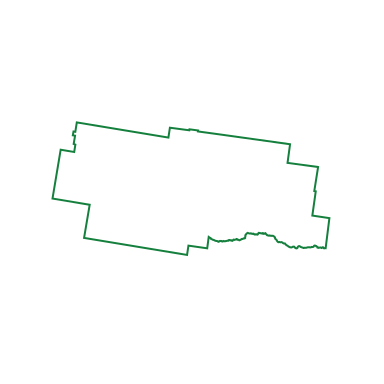 the district of Bolívar, Buenos Aires, Argentina, rotated 54°
{"feature_id": "61730980B59149978164820", "entity_name": "Bolívar", "entity_type": "district", "adm_level": 2, "iso_a3": "ARG", "parent_name": "Argentina", "parent_adm1": "Buenos Aires", "projection": "natural_earth1", "projection_center": [-60.749, -36.292], "detail": "fine", "context": "isolated", "style": "outline", "palette": "green", "viewbox_px": 384, "rotation_deg": 54, "n_neighbors": 0, "source": "geoboundaries", "source_scale": "gbopen_adm2", "svg_char_len": 5382}
<svg xmlns="http://www.w3.org/2000/svg" viewBox="0 0 384 384"><g transform="rotate(54 192 192)"><path d="M162.4,135.0L146.5,151.6L145.8,150.9L139.8,157.2L140.5,157.9L127.0,172.1L134.1,179.1L68.0,244.3L74.7,251.0L73.4,252.3L76.1,255.1L77.7,253.5L83.6,259.5L85.1,258.5L90.4,263.8L80.6,273.4L115.3,308.7L142.2,282.3L165.7,306.3L240.0,233.0L233.3,226.4L246.5,212.8L238.2,204.9L238.5,204.8L239.0,204.6L239.3,204.5L239.6,204.4L239.9,204.2L240.1,204.1L240.4,204.1L240.6,204.0L241.0,204.2L241.6,203.8L242.0,203.6L242.4,203.5L242.8,203.3L242.9,203.2L243.0,203.0L244.0,202.4L244.2,202.2L244.4,202.2L245.0,201.9L245.4,201.5L245.8,201.3L246.2,200.7L246.6,200.4L246.8,200.3L247.7,200.0L247.7,199.9L247.8,199.7L247.7,199.5L247.8,199.4L248.0,199.2L247.9,198.8L247.9,198.7L248.0,198.2L248.4,197.9L248.6,197.3L248.8,197.1L249.1,196.9L249.5,196.9L249.8,196.7L250.0,196.4L250.1,196.2L250.0,195.9L250.0,195.5L250.4,195.2L250.5,195.0L250.8,194.9L251.0,194.6L251.2,194.4L251.4,194.0L251.4,193.8L251.5,193.6L251.7,193.4L251.8,193.1L251.9,192.9L252.1,192.4L252.1,192.2L252.3,191.8L252.3,191.7L252.7,191.4L252.9,191.0L252.9,190.8L252.7,190.5L252.6,190.4L252.7,190.2L252.9,189.8L253.1,189.7L253.4,189.4L253.5,189.4L253.8,189.3L253.9,189.1L254.0,188.8L254.1,188.6L254.4,188.5L254.6,188.6L254.8,188.5L254.9,188.4L255.1,188.2L255.3,188.0L255.3,187.7L255.2,187.5L255.1,187.2L254.9,186.8L254.9,186.6L254.9,186.4L255.0,186.3L255.3,186.2L255.8,185.7L255.8,185.2L256.2,184.5L256.2,184.4L256.2,184.2L256.2,183.6L256.3,183.4L256.6,183.3L257.0,183.5L257.3,183.4L257.4,183.1L257.4,182.9L257.6,182.8L257.7,182.7L258.2,182.4L258.5,182.3L258.8,182.2L259.0,182.0L259.1,181.7L259.1,181.1L259.3,180.6L259.2,179.8L259.2,179.5L259.3,179.2L259.7,178.8L259.8,178.6L259.8,178.3L259.8,178.2L259.9,177.5L260.0,177.2L260.1,176.8L260.2,176.7L260.5,176.6L260.5,176.3L260.5,176.1L260.3,176.0L260.2,175.9L259.9,175.6L259.6,175.4L259.4,175.0L259.2,174.8L258.9,174.6L258.5,174.2L258.4,174.2L258.3,173.9L258.1,173.7L258.1,173.3L258.0,173.2L257.9,173.0L257.9,172.7L257.8,172.2L257.7,172.0L257.8,171.7L257.9,171.2L257.9,170.9L258.2,170.8L258.4,170.7L258.5,170.5L259.0,170.2L259.3,169.9L259.5,169.8L259.8,169.4L259.9,169.1L259.9,168.9L260.1,168.6L260.5,168.5L260.7,168.4L260.9,168.0L261.1,167.8L261.3,167.8L261.5,167.6L261.7,167.4L261.8,167.2L261.8,166.8L261.9,166.7L262.1,166.6L262.5,166.7L262.8,166.5L263.3,166.2L263.5,166.1L263.5,165.8L263.5,165.6L263.7,165.4L263.9,164.9L264.1,164.8L264.3,164.6L264.7,164.5L264.9,164.3L265.0,164.0L265.0,163.9L265.0,163.7L264.9,163.6L264.7,163.3L264.7,163.2L264.6,162.7L264.4,162.6L264.3,162.1L264.3,161.9L264.8,161.5L264.9,161.4L265.1,161.3L265.3,161.0L265.6,160.8L265.9,160.6L266.0,160.4L266.5,159.9L266.7,159.6L266.8,159.6L266.7,159.2L266.8,159.1L266.9,158.9L267.0,158.8L267.1,158.7L267.3,158.7L267.6,158.3L267.8,158.3L267.9,158.2L268.0,158.2L268.2,158.3L268.3,158.1L268.3,157.8L268.4,157.5L268.4,157.4L268.5,157.3L268.5,157.0L268.5,156.9L268.9,156.9L269.0,156.8L269.3,156.9L269.5,156.9L270.0,156.8L270.1,156.7L270.3,156.7L270.8,156.7L271.0,156.7L271.3,156.4L271.4,156.2L271.9,156.1L272.0,156.0L272.5,155.5L272.7,155.3L272.7,154.9L272.8,154.7L273.2,154.4L273.6,154.1L273.9,153.9L274.0,153.5L274.5,153.1L274.8,152.5L274.9,152.3L275.1,152.2L275.3,152.1L276.1,151.9L276.3,151.7L276.6,151.6L277.4,151.6L277.6,151.6L277.8,151.7L277.9,151.8L278.1,151.9L278.3,152.0L278.5,152.1L278.9,152.1L279.1,152.1L279.3,152.1L280.0,151.8L280.6,151.8L280.8,151.8L281.1,151.8L281.5,151.9L281.9,152.0L282.1,152.0L282.6,151.9L283.0,151.8L283.5,151.5L283.6,151.4L283.7,151.1L283.7,150.8L283.8,150.6L284.1,150.4L284.4,150.2L284.7,150.0L284.9,149.7L285.1,149.1L286.1,148.5L286.5,148.5L286.8,148.4L287.5,148.1L287.7,147.9L287.9,147.5L288.0,147.3L288.2,147.1L288.4,147.0L289.5,147.1L289.9,146.9L290.0,146.9L290.6,146.9L290.8,146.8L291.1,146.5L291.5,146.3L291.9,146.2L292.4,146.1L292.8,146.0L293.1,145.9L293.3,145.8L293.5,145.5L293.9,145.4L294.2,145.3L294.4,145.2L294.5,145.1L294.7,144.7L294.9,144.6L295.2,144.2L295.4,144.0L295.4,143.7L295.5,143.3L295.5,143.1L295.5,142.9L295.5,142.7L295.7,142.4L295.8,142.2L295.9,141.9L296.4,141.6L296.5,141.4L297.4,141.5L297.9,141.2L298.3,141.2L298.5,141.1L298.6,140.8L298.7,140.7L299.0,140.6L299.2,140.4L299.2,139.6L299.1,139.3L299.0,139.2L298.6,138.7L298.5,138.0L298.5,137.7L298.7,137.2L298.8,137.0L299.1,136.8L299.5,136.6L299.8,136.5L300.1,136.5L300.3,136.4L300.7,136.1L301.0,135.9L301.4,135.7L301.6,135.5L302.3,134.9L302.8,134.8L303.0,134.5L303.1,134.2L303.2,133.8L303.3,133.6L303.6,133.4L303.8,133.1L303.9,132.8L304.4,132.1L304.5,131.8L304.5,131.6L304.6,131.2L305.0,130.5L305.3,130.1L305.7,129.7L305.8,129.4L305.9,129.2L306.2,129.0L306.5,128.7L306.7,128.2L306.7,127.6L306.8,127.5L307.2,127.1L307.6,126.4L307.7,125.8L307.7,125.7L307.5,125.3L307.3,125.0L307.3,124.6L307.4,124.3L307.5,124.1L307.9,123.8L308.0,123.7L308.3,123.6L308.7,123.3L308.8,123.3L308.9,123.2L309.1,123.2L309.4,123.3L309.5,123.2L309.8,123.0L310.1,122.8L310.3,122.7L310.6,122.8L310.8,122.9L310.9,123.0L311.0,122.9L311.5,122.6L311.6,122.4L312.0,121.4L312.2,121.0L312.5,120.6L312.6,120.4L313.0,120.3L313.4,120.2L313.5,120.1L313.6,119.7L313.5,119.1L313.5,118.9L313.6,118.6L313.8,118.5L313.9,118.4L314.2,118.4L314.7,118.3L315.0,118.4L315.3,118.2L315.6,117.3L315.7,117.2L316.0,116.9L293.9,96.2L281.8,108.5L264.2,91.5L263.1,92.5L245.9,75.3L224.6,97.6L211.0,84.6L162.4,135.0Z" fill="none" stroke="#15803d" stroke-width="2"/></g></svg>